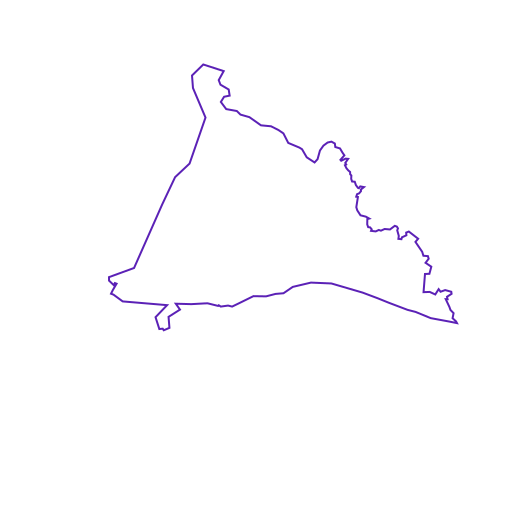 outline of Pachyammos, Nicosia, Cyprus, rotated 320°
{"feature_id": "46923920B29688207074425", "entity_name": "Pachyammos", "entity_type": "district", "adm_level": 2, "iso_a3": "CYP", "parent_name": "Cyprus", "parent_adm1": "Nicosia", "projection": "equal_earth", "projection_center": [32.589, 35.164], "detail": "fine", "context": "isolated", "style": "outline", "palette": "violet", "viewbox_px": 512, "rotation_deg": 320, "n_neighbors": 0, "source": "geoboundaries", "source_scale": "gbopen_adm2", "svg_char_len": 2129}
<svg xmlns="http://www.w3.org/2000/svg" viewBox="0 0 512 512"><g transform="rotate(320 256 256)"><path d="M205.2,279.4L212.3,281.2L228.2,285.1L237.8,293.4L246.6,297.6L253.1,302.2L264.3,303.3L281.0,311.7L296.1,325.5L314.1,352.5L322.0,366.5L327.7,377.2L337.5,394.7L342.3,401.4L349.9,415.9L362.2,430.8L366.8,436.6L367.2,434.7L366.6,430.0L370.6,426.8L370.3,422.3L371.4,419.4L373.6,411.0L375.0,412.2L376.1,410.0L381.5,410.7L382.6,408.9L379.0,403.7L374.4,402.0L374.6,398.8L368.6,400.7L366.0,395.2L361.1,391.4L373.9,378.4L377.4,381.1L383.4,376.9L381.5,370.2L386.5,369.1L387.6,366.6L384.4,363.4L386.0,359.6L387.2,347.7L391.3,347.0L388.8,335.5L386.1,334.6L384.5,336.8L379.8,335.5L378.2,336.6L376.1,334.4L378.3,332.4L380.7,327.1L382.5,326.1L382.8,324.0L381.7,322.1L375.7,321.8L371.9,318.0L368.0,316.9L366.8,315.0L363.5,314.1L360.3,310.7L361.8,309.9L361.8,307.4L360.5,306.0L361.5,303.3L365.0,299.3L366.8,300.1L365.4,296.4L362.2,292.0L362.9,286.2L364.2,283.1L372.0,276.3L370.9,275.0L373.2,273.6L375.2,274.3L378.1,273.8L379.1,272.5L383.0,272.6L380.6,269.7L379.5,269.9L378.4,270.2L377.9,269.4L378.1,265.9L379.4,262.6L377.5,260.7L378.5,258.1L380.8,255.6L380.7,253.9L382.1,252.1L381.7,249.7L381.7,246.9L382.5,243.6L383.9,243.9L384.2,242.1L389.0,240.8L387.2,239.0L382.5,237.8L382.5,236.6L388.4,235.7L388.7,232.4L389.5,227.6L386.8,223.5L388.7,220.5L387.3,216.9L383.8,215.1L378.6,214.8L372.8,216.3L365.4,221.4L361.0,222.0L358.3,213.0L359.9,203.8L358.9,200.8L353.4,190.1L355.8,179.7L354.2,174.0L350.9,166.3L343.8,159.1L340.2,145.4L335.0,137.7L334.5,132.6L327.6,124.3L328.1,115.4L333.9,113.5L338.9,116.2L342.1,110.9L338.9,101.9L340.5,97.3L350.1,93.6L338.7,75.4L323.0,76.6L315.7,86.8L306.3,117.5L264.5,142.5L244.7,143.6L217.5,156.1L154.9,186.8L129.8,177.7L127.6,180.4L128.3,186.9L130.5,186.0L131.4,187.6L124.6,190.0L120.7,191.7L122.0,194.0L124.7,205.1L156.3,236.5L139.7,238.3L135.0,249.8L137.8,251.7L137.6,253.6L138.9,254.0L143.5,255.4L149.9,246.4L163.3,248.2L163.9,241.0L175.5,251.3L185.9,259.1L188.5,261.1L194.9,269.9L195.8,269.8L196.0,270.4L196.5,272.1L202.7,276.0L202.8,276.1L205.2,279.4Z" fill="none" stroke="#5b21b6" stroke-width="2"/></g></svg>